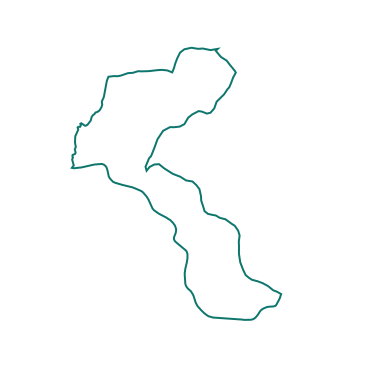 outline of Tanchon City, Hamgyŏng-namdo, North Korea, rotated 152°
{"feature_id": "82179303B77244062124892", "entity_name": "Tanchon City", "entity_type": "district", "adm_level": 2, "iso_a3": "PRK", "parent_name": "North Korea", "parent_adm1": "Hamgyŏng-namdo", "projection": "mercator", "projection_center": [128.863, 40.784], "detail": "fine", "context": "isolated", "style": "outline", "palette": "teal", "viewbox_px": 384, "rotation_deg": 152, "n_neighbors": 0, "source": "geoboundaries", "source_scale": "gbopen_adm2", "svg_char_len": 2669}
<svg xmlns="http://www.w3.org/2000/svg" viewBox="0 0 384 384"><g transform="rotate(152 192 192)"><path d="M117.4,263.4L112.6,266.0L109.9,267.0L106.3,269.9L101.8,273.9L97.3,276.8L97.3,278.8L98.1,282.8L98.9,286.7L99.7,291.7L103.1,297.7L104.7,305.6L102.1,306.3L109.0,308.6L115.1,313.6L119.5,315.6L124.7,319.6L131.7,321.6L137.1,320.7L142.5,316.8L147.0,312.8L149.7,309.9L153.3,306.9L156.7,310.9L161.1,313.9L165.5,315.9L173.4,319.0L179.5,322.0L183.0,324.0L188.3,325.0L192.7,327.0L199.7,328.1L203.2,329.1L206.7,331.1L209.4,332.1L211.7,333.0L215.2,329.9L224.8,317.8L226.0,316.6L229.1,314.3L230.3,311.2L232.2,309.3L235.5,307.4L238.0,307.1L239.9,307.5L241.5,306.6L243.6,306.3L245.4,305.3L247.9,302.6L252.8,300.4L254.7,300.4L255.5,301.0L257.5,304.7L258.6,304.6L259.0,302.9L260.1,302.1L261.8,302.9L262.7,302.7L263.2,300.4L268.9,296.0L272.1,290.6L272.6,289.0L273.5,286.2L275.4,284.8L276.3,281.4L277.5,280.5L280.0,280.8L281.0,279.3L280.9,278.4L282.6,276.9L283.7,272.0L283.9,271.0L286.7,269.7L285.1,268.4L278.1,265.6L265.3,262.1L258.4,259.1L256.9,257.4L256.2,255.7L255.9,254.0L256.5,250.6L258.1,245.2L258.2,243.2L257.9,241.5L256.9,238.0L255.4,236.1L250.5,231.3L242.0,223.7L237.4,218.0L236.1,216.3L235.4,214.6L234.2,209.3L234.0,205.5L234.6,196.2L234.2,193.9L231.5,188.5L226.5,181.2L225.6,179.3L224.4,177.5L223.3,173.8L222.8,170.4L223.4,166.8L224.3,165.2L225.5,163.6L229.1,160.5L230.1,158.7L230.2,156.9L229.7,155.2L224.7,142.8L224.8,141.0L225.2,139.2L227.0,135.8L229.6,132.3L233.9,127.4L235.7,124.9L236.4,124.0L237.4,122.1L239.8,116.7L240.9,114.3L241.3,112.7L241.3,110.7L241.0,108.7L239.6,105.0L239.3,101.4L239.4,99.6L240.7,92.4L240.7,88.7L239.4,83.4L238.2,79.6L236.7,76.2L235.7,74.5L232.4,71.3L207.6,55.8L205.8,54.5L200.3,51.7L198.5,51.1L196.7,51.0L194.9,51.3L191.2,52.8L189.4,53.9L187.7,54.8L185.9,55.4L184.1,55.6L180.3,55.3L178.7,54.9L173.5,52.6L171.7,52.3L170.0,53.1L168.7,54.0L164.6,56.8L161.2,60.0L163.9,64.2L166.5,67.2L169.0,73.2L172.4,78.3L175.9,82.3L180.2,86.3L181.9,89.3L183.6,93.3L183.4,99.3L182.4,107.3L179.6,115.3L175.9,122.2L174.0,126.2L170.4,131.2L169.4,136.2L170.1,142.1L171.8,145.1L175.2,152.1L179.6,156.2L182.1,160.2L184.7,162.2L188.2,165.2L189.9,169.2L188.9,174.2L187.9,180.1L186.0,184.1L184.1,191.1L184.9,196.0L186.6,201.0L191.8,205.0L195.2,211.0L200.4,217.0L205.5,226.0L208.0,232.0L212.4,234.0L215.0,234.0L217.7,234.0L222.1,232.1L221.2,236.1L217.6,239.0L214.0,242.0L211.3,242.9L207.7,245.9L203.2,249.8L197.8,254.7L188.8,259.6L183.5,259.6L180.9,259.6L177.4,257.6L172.1,255.5L166.8,255.5L160.5,259.4L155.2,260.4L148.1,260.3L145.5,258.3L142.1,254.3L138.5,253.3L133.2,255.3L127.8,260.2L118.0,263.1L117.4,263.4Z" fill="none" stroke="#0f766e" stroke-width="2"/></g></svg>